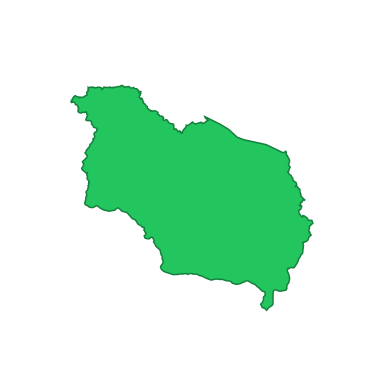 outline of Kaleum, Xékong, Laos, rotated 245°
{"feature_id": "54806243B53165803906009", "entity_name": "Kaleum", "entity_type": "district", "adm_level": 2, "iso_a3": "LAO", "parent_name": "Laos", "parent_adm1": "Xékong", "projection": "albers", "projection_center": [107.195, 15.875], "detail": "fine", "context": "isolated", "style": "filled", "palette": "green", "viewbox_px": 384, "rotation_deg": 245, "n_neighbors": 0, "source": "geoboundaries", "source_scale": "gbopen_adm2", "svg_char_len": 6075}
<svg xmlns="http://www.w3.org/2000/svg" viewBox="0 0 384 384"><g transform="rotate(245 192 192)"><path d="M254.9,235.5L253.2,235.4L251.5,236.6L251.0,236.2L250.2,236.8L250.0,234.8L249.5,233.3L249.5,230.9L249.9,230.3L250.5,230.4L251.4,229.6L251.3,229.3L251.8,227.6L251.6,226.4L252.1,225.5L251.9,224.3L254.0,222.3L255.1,222.3L255.2,221.7L254.3,218.5L254.0,216.4L255.0,215.1L254.1,214.6L252.8,212.9L252.6,211.9L251.0,209.1L250.5,208.6L249.5,208.3L249.3,207.8L250.9,206.7L251.4,207.1L252.3,206.8L252.7,206.4L252.4,205.8L252.7,205.4L252.6,204.8L254.3,204.7L255.2,203.9L256.0,204.1L256.4,202.3L256.6,202.2L258.5,202.9L259.4,203.5L260.1,203.5L261.1,203.9L261.9,203.4L262.0,202.8L264.0,200.6L265.4,200.0L266.0,200.2L268.1,199.7L268.6,198.8L268.4,197.2L269.9,196.3L270.3,196.4L270.7,197.4L272.2,197.6L273.9,196.3L274.1,195.3L274.4,194.9L275.9,194.8L277.1,193.7L278.6,194.8L280.6,193.4L281.4,192.4L281.5,191.3L282.6,190.0L282.6,188.7L283.2,189.0L283.7,188.8L284.2,188.0L285.1,187.9L286.7,186.9L288.3,187.6L289.8,186.7L291.2,186.8L292.9,185.6L293.9,185.7L294.2,186.2L295.1,185.9L296.3,186.2L296.7,185.9L297.4,186.3L298.1,186.0L297.9,185.7L298.2,185.3L298.1,184.8L298.6,185.0L300.3,184.2L301.0,184.9L301.4,185.5L302.2,186.2L302.8,186.2L302.5,186.6L303.1,186.9L303.1,187.3L303.9,187.3L304.6,188.0L304.9,187.2L305.7,186.7L305.4,186.1L306.1,186.3L307.5,186.1L307.8,185.7L308.9,185.6L309.9,183.8L311.4,183.2L311.2,182.6L312.3,180.3L314.2,179.5L314.9,177.3L315.3,176.9L315.2,175.9L315.6,174.9L316.7,174.8L318.3,173.5L318.4,172.5L317.8,171.5L318.7,170.0L319.8,165.3L319.6,164.9L320.2,164.8L320.5,163.4L320.9,162.7L321.7,162.2L321.5,161.5L322.0,160.7L322.0,160.3L322.4,159.9L322.8,158.7L324.3,156.5L323.2,154.6L323.0,153.7L324.7,153.9L326.1,152.4L326.4,151.2L326.9,150.9L327.0,148.8L327.8,148.0L327.7,147.5L328.5,147.1L329.0,146.1L329.6,145.5L330.0,143.0L330.8,142.2L330.1,142.1L329.3,141.2L328.0,141.2L327.7,141.0L327.6,139.9L326.7,138.7L326.3,138.4L324.5,138.2L324.1,137.2L324.3,136.2L323.9,132.8L325.0,131.3L324.8,130.2L325.1,129.7L325.9,129.8L326.4,128.5L328.4,127.1L328.7,126.5L328.2,125.9L328.2,125.4L327.9,125.2L328.1,124.8L327.7,124.5L327.3,123.3L326.0,122.4L326.1,121.5L325.5,121.5L325.0,121.0L324.9,120.5L324.4,120.4L324.0,120.6L323.8,122.1L323.0,123.3L322.0,123.6L320.4,123.3L319.2,124.7L317.7,124.9L316.9,124.4L316.1,124.8L315.1,124.2L315.1,123.8L313.2,122.8L312.8,123.1L312.1,122.9L310.3,125.0L310.5,126.0L310.3,127.1L309.5,128.0L309.4,129.2L309.6,129.4L308.9,130.1L307.1,129.5L305.7,130.0L304.4,128.1L303.6,127.7L302.3,126.2L301.0,127.1L299.8,129.7L298.5,130.4L297.5,130.5L296.2,129.7L294.0,130.3L292.4,130.1L291.6,130.7L291.4,131.5L289.9,132.4L288.5,132.5L288.4,131.9L287.1,130.8L287.0,128.8L286.0,128.0L286.0,127.6L283.5,127.4L282.3,126.2L281.8,125.4L282.1,125.0L281.9,124.7L281.6,124.5L281.1,124.8L280.0,123.7L278.4,120.9L278.4,119.9L275.9,117.6L275.8,116.5L274.8,115.2L274.9,114.6L274.4,113.8L273.3,113.1L272.6,111.5L271.3,111.9L270.8,112.4L269.7,112.0L268.8,112.5L267.6,111.1L267.3,109.4L266.5,108.7L266.6,108.0L265.8,105.5L264.2,105.5L263.6,105.9L263.2,105.9L262.3,104.8L261.7,104.8L260.9,103.6L260.7,102.7L259.8,101.9L259.1,102.2L258.2,101.9L257.9,102.3L254.1,103.9L253.7,105.3L252.4,104.1L251.5,103.8L250.4,104.1L250.0,103.5L248.2,102.5L245.6,103.2L244.5,102.6L244.1,103.0L243.5,101.9L242.1,101.4L241.7,100.4L240.8,100.6L238.9,98.8L238.3,98.6L237.2,96.4L236.5,95.8L235.4,95.9L234.0,95.2L233.3,95.3L232.1,93.5L230.4,92.9L229.6,91.9L228.6,91.5L227.6,90.4L226.8,89.8L225.3,90.1L224.4,91.1L221.5,92.7L220.2,94.7L219.7,95.8L219.8,98.4L220.1,99.6L219.1,100.6L216.0,102.1L212.8,104.6L209.4,109.1L209.3,110.5L208.1,114.2L209.0,116.8L209.0,117.8L208.6,118.4L206.6,119.6L204.6,120.1L203.8,120.8L201.3,124.0L199.8,124.7L193.1,126.6L191.0,128.6L190.1,129.0L186.2,129.4L185.1,129.9L182.5,131.8L180.7,132.3L180.5,132.5L180.5,133.4L180.0,133.7L178.5,133.2L177.9,132.3L177.4,132.9L175.9,132.4L174.4,133.0L173.8,132.3L172.9,131.9L172.4,130.1L170.4,129.9L169.7,130.3L168.0,132.5L167.7,134.0L168.3,135.6L167.7,136.9L165.5,137.2L163.2,136.8L163.0,136.1L159.1,136.5L158.3,136.3L153.0,138.5L148.1,137.5L145.9,137.8L144.5,136.8L140.6,136.3L139.9,135.7L138.1,132.5L137.2,131.7L135.0,131.6L132.9,132.3L130.9,133.8L124.8,140.4L124.0,143.1L123.4,143.6L122.9,146.2L121.7,148.6L120.7,152.0L119.1,153.3L119.1,155.2L118.4,156.9L117.8,157.8L117.0,158.3L116.2,160.5L115.3,161.8L113.2,163.4L111.9,165.1L106.8,169.4L104.0,172.2L103.1,176.8L100.6,181.0L100.3,182.2L97.0,185.7L95.7,188.1L94.3,189.5L92.2,190.0L89.3,193.6L89.1,194.2L89.3,194.9L88.7,196.3L88.5,197.6L88.7,200.0L88.3,202.0L88.7,203.2L87.9,205.1L83.8,207.9L81.4,210.2L79.1,210.9L77.0,212.1L72.7,213.6L70.5,215.8L67.5,214.7L66.6,212.4L63.6,210.9L62.0,208.8L61.3,206.8L57.5,206.9L55.8,208.8L53.2,209.7L54.6,212.1L55.4,216.7L56.2,218.0L65.2,222.3L66.9,223.2L68.1,224.3L68.2,226.5L65.8,228.5L64.7,230.3L63.4,235.7L64.3,237.1L66.6,238.1L67.9,239.4L68.7,241.1L72.4,244.0L76.2,244.9L80.5,245.0L82.1,246.7L81.7,246.7L81.6,247.3L81.9,249.1L81.8,250.0L80.5,251.6L80.3,252.3L80.4,252.8L82.9,256.9L84.5,258.9L86.3,260.4L87.2,262.1L88.9,264.1L89.7,266.3L96.4,270.4L99.3,271.1L99.0,272.3L99.1,273.8L98.8,274.2L99.4,276.6L102.0,279.3L102.3,281.3L103.1,281.9L104.7,281.0L105.4,281.1L105.4,281.7L105.7,281.9L107.2,281.4L108.5,281.9L109.2,283.0L111.0,283.6L112.7,288.4L115.7,288.6L117.1,285.5L119.8,285.4L123.0,283.5L123.8,282.6L122.8,281.8L123.1,280.9L127.9,280.1L130.1,281.0L130.4,283.2L132.1,285.0L133.1,285.4L133.3,284.3L134.4,283.7L134.8,284.3L135.0,285.4L136.5,286.0L136.7,286.5L136.4,287.8L137.4,288.4L137.9,289.1L137.0,290.4L137.3,290.9L138.8,290.1L142.3,289.0L143.8,289.7L146.4,289.8L148.7,290.9L150.5,290.1L152.9,289.5L153.3,288.2L154.2,289.9L156.5,290.3L159.7,288.5L161.8,289.1L163.0,288.7L164.9,288.8L167.8,287.4L168.9,287.7L169.7,287.2L169.9,287.3L170.1,288.6L171.9,290.0L173.1,291.5L175.9,290.9L178.1,293.1L179.8,293.9L180.6,293.7L181.8,294.0L183.4,293.5L184.5,293.9L185.4,293.1L187.9,294.1L189.3,294.2L188.9,291.3L203.6,279.2L217.5,261.0L222.5,256.1L233.2,251.7L241.4,246.2L254.9,235.5Z" fill="#22c55e" stroke="#15803d" stroke-width="1.5"/></g></svg>